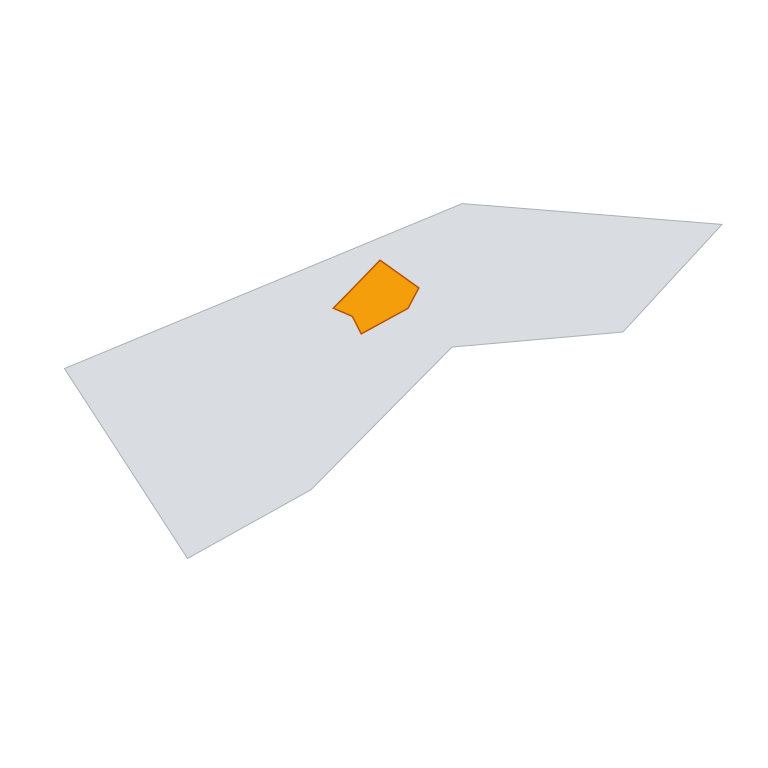 where Cascade sits in Seychelles, rotated 276°
{"feature_id": "SYC-5208", "entity_name": "Cascade", "entity_type": "state/province", "adm_level": 1, "iso_a3": "SYC", "parent_name": "Seychelles", "parent_adm1": "", "projection": "natural_earth1", "projection_center": [55.497, -4.666], "detail": "fine", "context": "in_parent", "style": "filled", "palette": "amber", "viewbox_px": 768, "rotation_deg": 276, "n_neighbors": 0, "source": "natural_earth", "source_scale": "10m", "svg_char_len": 448}
<svg xmlns="http://www.w3.org/2000/svg" viewBox="0 0 768 768"><g transform="rotate(276 384 384)"><path d="M571.6,442.9L578.0,703.4L460.7,616.2L427.9,447.8L271.2,322.4L190.0,206.8L366.0,64.6L571.6,442.9Z" fill="#d9dde1" stroke="#a8b0b8" stroke-width="1"/><path d="M454.1,325.6L467.9,336.7L506.7,367.1L488.9,398.6L483.2,408.6L474.0,404.9L461.8,400.0L431.5,356.1L447.9,345.5L454.1,325.6Z" fill="#f59e0b" stroke="#b45309" stroke-width="1.5"/></g></svg>